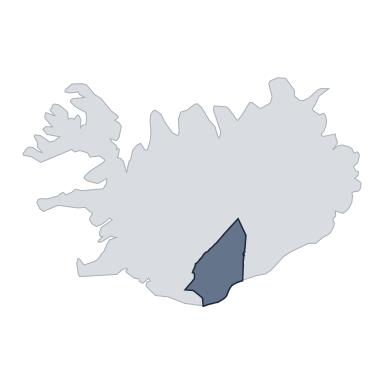 Skaftárhreppur, Suðurland, Iceland shown in context
{"feature_id": "244011B24957701647142", "entity_name": "Skaftárhreppur", "entity_type": "district", "adm_level": 2, "iso_a3": "ISL", "parent_name": "Iceland", "parent_adm1": "Suðurland", "projection": "mercator", "projection_center": [-18.128, 64.02], "detail": "fine", "context": "in_parent", "style": "filled", "palette": "slate", "viewbox_px": 384, "rotation_deg": 0, "n_neighbors": 0, "source": "geoboundaries", "source_scale": "gbopen_adm2", "svg_char_len": 7286}
<svg xmlns="http://www.w3.org/2000/svg" viewBox="0 0 384 384"><path d="M299.5,100.4L303.1,100.7L308.9,98.0L317.3,90.3L320.8,88.6L328.9,88.6L319.1,96.1L315.4,104.3L312.7,108.3L312.7,110.1L319.6,115.0L322.9,113.4L324.4,114.0L325.7,116.3L326.6,120.9L326.0,125.7L324.0,130.5L321.3,134.5L321.7,135.7L323.8,136.4L335.2,134.0L336.4,139.8L337.4,141.7L337.1,143.7L332.6,149.9L337.9,146.0L342.1,144.9L349.3,146.9L352.2,149.1L353.9,153.1L357.5,151.9L359.1,154.1L359.2,156.5L357.6,163.1L353.3,166.4L355.9,171.1L358.0,171.2L358.4,172.3L358.2,175.1L354.9,178.4L360.3,182.0L361.0,183.4L360.6,187.5L359.7,189.9L358.1,191.3L354.2,191.5L351.8,193.0L352.6,195.6L351.8,202.6L348.8,208.3L345.9,211.3L343.1,213.3L335.4,211.1L335.7,216.0L332.9,219.0L333.4,221.5L334.4,222.8L333.9,226.0L330.4,232.7L327.9,234.8L322.9,237.4L315.7,243.4L308.4,243.4L290.6,251.9L283.5,256.6L270.9,270.3L265.6,273.9L256.5,275.6L229.2,284.6L226.1,289.9L226.0,291.1L227.2,293.2L225.1,296.9L221.0,299.7L219.1,299.6L215.7,297.4L215.2,298.5L216.6,301.3L203.3,305.9L184.8,303.4L168.4,296.9L155.4,295.5L146.3,286.4L146.1,284.9L147.0,282.1L150.3,281.0L148.8,278.1L143.2,283.0L141.4,282.9L139.1,280.9L139.0,279.0L134.4,278.2L126.4,272.3L125.8,271.0L127.7,269.1L127.3,268.7L123.0,269.0L116.7,274.4L79.5,276.6L78.2,273.7L76.7,263.1L78.0,258.5L79.5,259.0L83.9,265.0L93.9,261.7L97.9,259.4L101.7,253.5L103.8,251.7L106.9,244.2L109.9,239.6L116.3,237.5L110.6,236.1L101.2,242.1L98.0,242.1L99.5,239.5L102.7,236.6L100.5,236.4L99.6,235.0L99.6,232.2L101.2,227.7L112.3,219.7L109.7,218.2L102.0,224.3L96.4,226.4L91.8,223.6L89.6,219.8L89.8,218.2L92.4,213.4L92.0,212.4L90.2,211.9L85.2,207.5L77.4,207.9L58.0,205.3L43.4,211.5L39.8,208.7L37.0,202.5L37.5,200.1L40.1,198.7L47.3,198.9L57.8,196.0L62.6,192.4L64.4,193.3L65.3,195.0L71.8,192.3L75.3,189.1L81.1,190.6L103.0,188.9L105.8,184.7L107.0,179.8L106.5,178.7L98.4,183.3L96.6,183.3L87.3,180.8L83.9,178.1L85.0,175.8L90.0,171.0L102.5,163.0L104.3,161.4L104.5,159.5L99.5,156.0L90.0,157.0L87.6,152.9L79.7,150.5L74.5,152.0L71.7,149.5L40.9,162.4L30.8,156.5L23.7,155.5L23.0,153.7L27.2,148.0L30.1,147.0L32.9,147.5L38.4,151.4L42.2,152.7L37.5,146.9L37.2,141.2L35.8,139.8L34.3,136.1L34.9,134.8L40.6,135.6L49.7,142.1L54.1,141.0L59.9,136.8L46.9,134.4L42.9,129.3L45.8,126.6L52.5,127.0L45.0,118.1L44.7,116.5L45.9,112.6L55.3,116.0L50.3,110.7L50.2,109.6L51.6,108.6L52.4,105.3L54.7,104.0L59.4,105.1L66.8,111.3L67.8,113.0L68.1,119.2L71.0,118.3L74.4,119.1L77.3,114.9L79.2,115.9L80.8,119.7L80.6,127.9L82.6,125.1L86.0,124.8L86.5,118.0L85.9,112.5L74.7,106.2L70.3,101.6L70.8,100.0L73.0,98.6L84.7,97.5L79.7,94.8L78.4,92.0L69.6,93.0L65.1,91.9L65.0,90.5L66.8,88.4L72.1,84.0L82.4,83.7L86.5,84.9L94.4,94.4L100.7,98.2L111.3,111.0L118.0,115.9L118.3,117.2L117.2,118.6L114.6,120.3L118.6,122.5L121.1,125.8L121.2,127.2L119.0,137.4L116.5,140.7L110.2,138.8L111.7,142.0L116.2,145.4L117.2,147.3L116.5,149.2L118.7,148.6L119.3,149.7L118.4,155.4L117.2,157.5L120.9,158.6L123.5,161.5L126.6,172.9L128.3,164.1L129.2,160.9L130.7,159.7L132.5,150.7L136.7,145.3L140.6,143.3L144.6,149.6L147.5,150.2L150.5,139.1L150.9,130.9L150.0,121.8L150.5,115.3L152.5,111.4L155.2,110.2L160.8,114.1L165.5,123.2L172.5,133.0L177.4,135.4L178.2,135.1L179.1,131.9L178.4,119.0L180.7,112.1L186.5,110.4L195.3,104.0L197.3,103.8L201.6,107.5L209.4,120.6L214.9,126.6L217.8,136.2L219.1,138.0L220.3,135.0L220.4,130.7L213.7,110.8L213.6,108.0L214.3,105.9L226.4,106.9L229.1,109.2L237.4,120.6L241.5,115.9L249.7,102.4L252.5,102.8L259.5,108.3L262.2,107.8L270.4,102.9L272.1,96.6L268.7,83.6L270.1,80.9L277.7,77.7L285.8,78.3L294.3,90.4L294.6,96.0L299.5,100.4Z" fill="#d9dde1" stroke="#a8b0b8" stroke-width="1"/><path d="M238.1,218.7L231.7,225.6L223.5,234.7L222.4,236.0L221.9,236.7L221.1,237.6L220.4,238.4L217.9,241.2L217.2,242.0L216.8,242.5L216.4,242.9L215.8,243.7L215.4,243.9L215.2,243.9L214.9,244.2L214.6,244.5L214.3,244.8L214.0,245.2L213.5,245.8L213.4,245.9L212.6,246.7L212.5,246.8L212.4,246.9L211.8,247.5L211.5,247.8L211.2,248.0L210.4,248.6L210.0,248.9L209.9,249.0L209.6,249.3L209.5,249.6L209.3,249.8L208.7,250.3L208.6,250.5L208.5,250.8L208.3,251.0L208.1,251.2L207.9,251.4L207.7,251.5L207.3,251.7L207.0,251.9L206.7,252.0L206.3,252.1L206.2,252.1L205.7,252.4L205.0,252.9L204.5,253.5L204.1,253.9L203.9,254.1L203.7,254.3L203.5,254.5L202.8,255.7L202.7,256.0L202.6,256.4L202.5,256.5L202.3,256.7L202.1,256.9L201.9,257.1L201.4,257.7L201.0,258.1L200.7,258.4L200.6,258.7L200.3,258.8L200.2,259.1L200.1,259.3L200.0,259.5L199.8,259.7L199.7,259.8L199.4,259.9L199.3,260.0L199.2,260.0L199.1,260.3L199.0,260.5L198.9,260.8L198.7,261.1L198.5,261.3L198.4,261.4L198.2,261.6L198.0,261.9L197.9,262.0L197.1,262.6L196.7,263.0L195.6,263.7L195.4,263.8L195.3,264.0L195.5,264.2L195.6,264.4L195.6,264.5L195.5,264.8L195.4,264.9L195.4,265.0L195.5,265.0L195.5,265.3L195.4,265.4L195.3,265.5L195.2,265.6L195.1,265.8L195.1,266.0L194.2,268.3L193.8,269.0L192.6,272.1L192.4,272.6L192.6,272.7L194.2,273.2L194.5,275.7L194.4,278.5L192.7,280.8L191.7,282.0L190.2,283.7L185.0,289.8L193.3,290.5L197.8,294.1L202.4,297.9L202.6,299.4L203.2,306.3L203.4,306.3L203.8,306.1L204.0,306.0L204.6,305.9L205.2,305.7L205.9,305.4L206.4,305.2L207.1,305.0L207.6,304.8L208.2,304.5L208.6,304.5L209.4,304.2L210.2,304.0L210.4,304.0L210.6,303.9L211.0,303.8L212.4,303.6L212.5,303.5L212.9,303.4L213.5,303.2L214.2,303.0L215.5,302.7L216.1,302.6L216.4,302.5L216.6,302.5L216.9,302.4L217.1,302.4L217.3,302.3L217.6,302.3L217.7,302.2L217.9,302.3L218.0,302.3L218.1,302.2L218.4,302.0L218.8,301.7L219.0,301.6L219.3,301.4L219.5,301.3L219.6,301.2L220.1,300.9L220.4,300.7L220.7,300.6L220.9,300.5L221.5,300.2L221.8,300.0L221.9,299.9L222.5,299.5L222.9,299.3L223.5,298.9L223.7,298.7L223.8,298.7L224.0,298.5L224.1,298.4L224.3,298.2L224.9,297.7L225.3,297.3L226.3,296.2L226.6,295.6L226.7,295.4L226.9,295.2L227.0,294.9L227.1,294.6L227.2,294.3L227.4,293.9L227.5,293.6L227.5,293.4L227.7,292.8L227.8,292.7L228.0,292.3L228.1,292.1L228.2,291.9L228.3,291.7L228.3,291.4L228.4,291.2L228.5,291.1L228.6,290.8L228.8,290.4L229.0,290.1L229.1,289.9L229.2,289.7L229.3,289.4L229.4,289.2L229.7,288.7L229.8,288.6L229.8,288.4L229.9,288.2L230.0,287.9L230.3,287.7L230.6,287.2L230.8,286.9L231.1,286.5L231.5,286.1L231.8,285.8L232.0,285.6L232.0,285.4L232.3,285.3L232.7,285.0L233.0,284.8L233.3,284.5L233.6,284.3L234.0,284.1L234.5,283.8L234.9,283.6L235.1,283.5L235.3,283.4L235.5,283.4L236.1,283.0L236.9,282.6L237.6,282.3L237.9,282.3L238.5,282.1L238.8,282.0L238.9,281.9L239.1,281.9L239.4,281.7L239.7,281.6L240.3,281.4L240.5,281.3L240.8,281.2L241.0,281.2L241.3,281.1L241.8,280.9L242.4,280.7L242.6,280.7L243.3,264.5L243.1,261.7L243.1,261.3L243.2,261.0L243.3,260.8L243.3,260.7L243.3,260.3L243.4,260.2L243.4,259.9L243.4,259.7L243.5,259.5L243.5,259.4L243.6,259.1L243.5,258.9L243.6,258.7L243.5,258.4L243.5,258.2L243.5,257.9L243.5,257.7L243.7,257.4L243.6,257.2L243.6,256.9L243.7,256.7L243.8,256.4L243.8,256.2L243.8,255.9L244.0,255.8L243.9,255.7L244.0,255.7L244.0,255.4L244.0,255.2L243.9,255.0L243.8,254.9L243.8,254.7L243.9,254.4L244.0,254.4L243.9,254.2L243.8,253.9L243.8,253.7L243.7,253.7L243.8,253.6L243.7,253.5L243.6,253.4L243.4,253.3L243.5,253.2L243.6,252.9L243.6,252.6L243.8,252.4L243.9,252.2L244.0,252.2L244.2,251.9L244.3,251.9L244.3,252.0L244.5,252.1L244.7,251.9L244.8,251.9L244.8,251.7L244.7,251.6L244.5,251.3L245.1,246.7L245.9,235.3L242.1,227.2L238.1,218.7Z" fill="#64748b" stroke="#1e293b" stroke-width="1.5"/></svg>